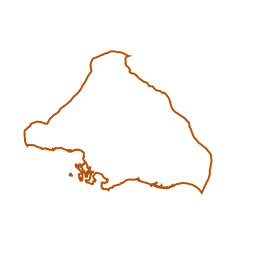 Massawa, Semenawi Keyih Bahri, Eritrea, rotated 113°
{"feature_id": "51966322B1208427285915", "entity_name": "Massawa", "entity_type": "district", "adm_level": 2, "iso_a3": "ERI", "parent_name": "Eritrea", "parent_adm1": "Semenawi Keyih Bahri", "projection": "mercator", "projection_center": [39.431, 15.642], "detail": "fine", "context": "isolated", "style": "outline", "palette": "amber", "viewbox_px": 256, "rotation_deg": 113, "n_neighbors": 0, "source": "geoboundaries", "source_scale": "gbopen_adm2", "svg_char_len": 5958}
<svg xmlns="http://www.w3.org/2000/svg" viewBox="0 0 256 256"><g transform="rotate(113 128 128)"><path d="M184.0,213.6L182.5,213.3L182.2,211.9L181.6,210.7L180.8,208.3L180.6,206.1L180.9,204.3L180.3,199.9L180.4,199.4L181.1,199.1L179.6,197.1L179.6,196.6L178.8,195.5L178.8,194.4L179.1,194.4L179.2,194.2L178.9,193.2L178.5,193.3L178.4,193.1L178.8,192.0L178.0,190.6L178.0,188.9L176.7,189.1L176.8,188.7L177.3,188.6L177.2,187.8L176.6,187.2L176.1,187.2L175.7,187.5L174.7,186.9L174.7,186.4L174.0,184.3L173.1,183.2L172.3,181.5L172.5,177.5L172.0,175.3L172.2,174.6L172.5,174.5L172.8,173.9L172.8,172.9L172.3,171.8L171.6,171.7L171.4,171.3L170.9,170.9L170.6,169.7L170.0,169.5L169.5,168.5L168.7,168.2L168.6,167.2L167.4,165.9L167.5,164.8L167.0,164.1L167.4,163.1L167.0,162.1L167.4,161.4L167.5,160.2L168.4,158.7L170.5,158.1L171.7,157.2L172.2,157.2L172.3,157.5L172.7,157.6L173.1,157.5L173.6,157.1L174.5,156.8L175.6,154.8L175.7,154.3L176.1,153.7L182.0,156.9L181.9,157.3L180.5,157.6L180.3,157.9L181.2,157.9L181.1,158.5L181.4,158.5L181.6,158.1L182.3,158.8L182.4,159.6L181.9,160.5L181.8,161.1L181.9,161.8L182.3,161.8L182.7,160.9L183.2,161.0L183.3,161.2L183.8,161.0L184.5,159.7L184.4,159.4L183.8,159.1L184.1,157.9L184.9,157.8L185.2,157.4L185.2,156.6L186.3,154.7L186.2,153.3L186.5,153.2L186.6,152.8L186.3,151.2L185.4,150.8L185.3,151.1L184.7,151.7L183.7,153.8L183.4,154.3L182.7,154.8L182.2,156.4L176.5,153.4L178.6,150.3L179.8,150.2L180.5,149.9L180.5,148.2L180.7,147.7L179.0,147.6L179.1,147.1L182.4,147.1L182.6,147.9L183.2,148.1L184.3,147.5L184.6,147.7L184.5,148.4L185.4,148.3L186.4,148.7L186.4,149.3L186.7,149.5L187.1,149.1L187.9,149.0L189.3,148.1L189.3,146.8L188.6,146.7L187.8,147.1L186.5,147.0L185.1,146.5L184.7,146.2L184.7,145.9L183.4,146.2L183.1,146.2L182.5,145.6L182.4,144.4L181.9,143.3L181.9,143.0L182.5,143.0L182.9,143.2L183.2,143.9L183.8,144.2L186.0,143.7L186.8,143.9L188.6,143.8L188.9,143.5L190.0,143.1L190.9,143.4L192.0,144.5L192.5,145.2L192.3,146.2L192.5,146.5L193.1,146.3L194.0,145.4L194.1,144.3L193.7,142.5L193.8,141.9L193.9,139.7L193.8,139.2L193.2,138.5L191.0,139.1L190.6,139.0L190.5,138.4L189.5,137.9L189.6,137.5L189.3,137.6L189.2,138.1L188.9,138.3L188.4,137.7L188.2,138.0L188.2,139.2L187.5,139.7L187.3,140.4L186.8,140.9L185.7,141.2L183.7,140.7L183.0,140.7L182.0,140.1L181.3,139.1L181.1,138.0L181.0,134.2L181.4,133.1L182.5,132.0L183.1,130.3L183.5,129.6L183.5,128.3L183.1,127.2L183.5,126.5L184.1,126.2L184.4,126.8L185.1,126.2L186.1,126.1L186.6,127.2L187.8,127.7L187.9,128.2L187.7,129.2L187.9,129.6L188.6,129.9L188.8,130.8L189.7,130.1L191.1,130.1L192.0,129.4L192.9,129.1L193.2,127.7L193.8,127.6L193.9,126.6L193.5,125.6L192.6,124.6L192.4,122.7L192.9,121.6L192.4,121.5L192.3,121.9L191.7,121.9L189.4,120.3L189.3,119.7L188.8,118.9L188.3,118.6L187.5,118.8L186.6,118.2L184.2,114.8L183.0,113.4L181.6,113.0L180.0,111.0L179.3,110.6L177.7,109.9L176.5,108.8L175.4,107.6L174.8,106.4L173.7,103.5L173.3,102.2L171.5,100.0L171.8,99.5L171.7,98.9L171.0,99.0L170.3,98.7L171.0,98.2L171.3,97.5L171.5,97.4L172.0,98.0L172.3,97.9L172.3,97.3L171.9,93.4L171.2,88.4L171.1,84.9L170.4,83.9L170.8,83.9L171.3,84.5L171.7,84.6L172.3,84.1L172.3,83.8L169.5,82.4L169.7,82.1L169.6,81.7L168.5,81.5L167.8,80.7L167.1,80.5L167.0,80.3L167.1,80.0L168.1,80.6L170.3,80.9L171.0,81.2L171.0,81.7L171.0,79.8L170.8,79.7L170.6,80.0L170.2,79.9L169.9,78.7L169.9,78.1L170.2,78.0L170.6,78.1L170.8,79.1L170.9,78.8L170.8,77.2L170.0,76.5L170.4,76.4L170.6,76.5L170.6,76.2L170.5,75.9L170.2,75.8L170.1,74.9L167.7,74.8L168.0,74.5L169.9,74.4L169.9,73.7L169.3,72.1L168.6,71.9L168.4,71.7L168.5,71.1L169.3,71.4L168.2,68.5L168.0,68.2L167.7,68.3L167.1,67.4L166.7,66.0L166.6,66.9L165.6,66.7L165.6,66.4L165.8,65.8L165.2,65.0L164.7,64.8L163.8,65.1L163.2,64.8L163.6,64.6L163.4,63.2L162.8,63.1L162.4,62.8L159.7,60.2L159.4,59.1L158.1,57.6L157.2,56.0L156.1,52.8L155.7,51.0L155.2,47.0L155.2,45.0L155.6,42.0L156.6,38.7L158.9,34.8L147.1,34.4L143.9,34.0L139.2,34.6L137.9,34.9L135.9,35.9L134.9,36.2L132.9,36.4L130.7,37.1L126.3,38.0L121.0,40.7L119.5,42.1L117.3,46.3L116.6,47.4L114.8,53.5L114.0,57.2L113.6,58.1L113.1,58.6L112.3,60.0L111.4,62.5L110.8,63.4L110.2,64.3L106.5,68.0L104.8,69.3L102.4,72.1L99.1,74.1L98.8,75.5L96.8,79.7L95.1,88.7L94.8,91.0L93.9,93.4L90.7,97.1L85.9,100.7L84.4,102.4L82.0,106.4L81.4,108.9L82.3,109.6L81.4,112.8L82.1,115.7L82.1,116.5L81.6,119.3L80.5,120.4L80.2,122.3L81.1,124.7L80.7,125.6L79.6,126.9L79.0,128.3L78.9,129.9L79.3,131.4L77.9,137.2L77.4,138.8L76.5,140.3L75.7,143.4L75.9,145.0L76.3,146.1L76.3,147.2L75.7,148.6L74.0,148.5L71.9,151.6L71.5,152.7L71.4,153.8L69.8,155.5L69.2,155.5L66.6,156.7L65.8,157.3L64.2,157.6L62.7,156.8L61.5,155.5L61.7,156.4L61.2,158.9L61.1,162.7L61.2,164.3L62.3,167.6L62.9,170.8L63.6,172.4L64.6,174.4L66.7,175.8L68.6,178.4L70.9,180.4L72.0,181.8L73.6,182.9L77.4,186.9L78.3,187.4L81.7,187.7L84.2,187.2L86.1,186.4L88.9,184.4L89.6,184.0L90.3,183.9L96.0,185.1L102.7,185.5L104.0,185.6L105.4,186.3L110.1,186.5L115.0,187.7L116.7,188.4L120.1,190.1L126.4,191.9L127.6,192.7L130.5,193.9L133.7,196.0L136.7,197.7L140.0,198.1L142.3,199.3L144.8,201.2L147.7,202.4L148.8,203.0L150.3,203.5L151.8,203.7L155.3,203.9L155.9,204.3L156.4,206.7L156.6,210.5L157.3,213.3L158.0,214.6L161.3,218.1L163.0,219.2L164.4,218.7L166.3,220.1L168.6,220.9L170.4,222.0L171.4,221.9L174.6,220.6L181.0,217.2L183.0,215.1L184.0,213.6ZM171.6,171.7L171.6,172.1L172.0,172.0L172.2,172.6L172.1,173.0L171.1,173.3L170.7,172.9L170.7,172.6L171.6,171.7ZM167.7,68.3L168.3,69.1L168.2,69.4L167.6,69.2L166.5,69.6L167.7,68.3ZM194.8,150.5L194.2,149.6L193.6,149.8L193.1,150.6L192.7,150.6L192.2,150.2L191.4,150.6L191.1,150.6L188.1,152.2L187.9,152.5L188.0,153.4L188.6,153.7L189.2,154.9L189.7,155.1L190.1,154.8L190.7,154.8L191.5,154.2L191.7,153.7L192.9,153.6L193.0,153.4L193.0,152.8L192.5,152.8L192.5,152.6L192.6,152.4L194.3,152.1L194.9,151.0L194.8,150.5ZM194.3,163.1L194.4,162.8L193.9,161.9L193.9,161.0L193.5,161.0L193.3,161.5L193.2,162.6L192.9,163.0L192.5,163.0L192.6,163.3L193.3,163.2L193.6,163.4L194.3,163.1Z" fill="none" stroke="#b45309" stroke-width="2"/></g></svg>